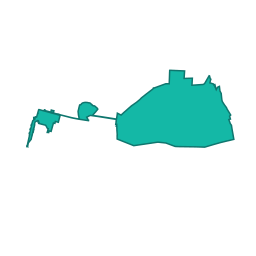 Braila, Braila, Romania (orthographic projection), rotated 67°
{"feature_id": "2599482B33603161036297", "entity_name": "Braila", "entity_type": "district", "adm_level": 2, "iso_a3": "ROU", "parent_name": "Romania", "parent_adm1": "Braila", "projection": "orthographic", "projection_center": [27.92, 45.241], "detail": "fine", "context": "isolated", "style": "filled", "palette": "teal", "viewbox_px": 256, "rotation_deg": 67, "n_neighbors": 0, "source": "geoboundaries", "source_scale": "gbopen_adm2", "svg_char_len": 3866}
<svg xmlns="http://www.w3.org/2000/svg" viewBox="0 0 256 256"><g transform="rotate(67 128 128)"><path d="M146.5,129.6L152.7,106.0L156.6,99.0L163.4,91.8L164.9,88.7L171.9,72.8L175.0,66.1L175.6,64.8L176.6,55.9L176.7,55.1L177.6,48.1L178.2,44.5L178.6,42.0L179.0,39.9L179.8,35.0L175.1,33.9L169.8,32.7L165.9,31.7L164.1,32.1L163.6,32.1L159.6,31.9L159.8,30.2L156.8,29.9L156.2,28.4L149.4,29.4L147.7,29.4L144.4,30.2L140.8,30.8L139.2,30.7L137.1,30.1L132.6,28.7L129.8,28.9L125.4,27.6L125.4,28.9L125.5,29.5L126.0,30.4L127.2,31.8L126.6,31.8L125.0,31.7L124.2,31.9L124.3,31.4L122.0,31.1L122.0,32.1L120.9,32.1L118.4,35.0L116.0,33.2L115.5,32.7L115.2,33.0L114.5,33.0L111.9,32.6L111.6,32.9L115.9,38.6L117.0,40.1L117.2,40.8L117.3,41.8L114.5,49.9L113.6,52.4L107.3,49.3L104.3,57.0L97.6,53.6L94.4,60.3L91.2,67.0L91.4,67.2L92.8,67.8L93.0,67.9L93.1,68.0L95.3,69.0L98.3,70.4L103.4,72.8L102.4,75.1L102.1,75.8L102.0,76.5L101.4,88.2L101.4,88.4L101.3,88.6L101.2,88.7L101.1,88.8L101.1,89.0L101.3,89.1L101.5,89.3L101.7,89.7L102.0,90.6L103.7,97.2L105.2,102.7L105.4,103.3L105.5,103.8L105.7,104.3L106.3,105.6L106.5,106.2L107.7,110.2L108.2,112.6L108.6,114.4L108.9,116.0L109.0,116.0L109.3,117.3L109.5,117.8L109.6,118.1L110.0,119.4L111.4,123.5L111.9,125.1L113.2,128.8L113.4,129.3L110.2,132.0L111.6,132.8L115.3,135.1L107.4,147.8L102.5,155.8L100.4,151.3L99.5,149.7L99.4,149.3L98.8,148.4L98.3,148.5L97.1,148.8L96.3,149.4L95.6,149.5L94.4,150.4L94.0,151.4L92.8,151.9L92.9,152.0L92.0,152.5L91.8,152.5L91.7,152.5L90.6,152.9L89.9,153.5L89.6,154.1L89.3,154.6L88.8,155.2L88.4,155.9L87.8,157.1L87.5,158.1L87.4,158.4L87.3,159.2L87.2,159.8L87.4,161.1L87.6,161.5L88.1,162.2L87.9,163.5L90.1,165.2L91.9,166.5L92.7,167.1L92.8,167.2L93.3,167.5L94.3,167.8L96.0,168.3L96.3,168.4L96.4,168.5L98.7,168.9L99.5,169.1L99.8,169.2L99.8,169.4L99.9,169.5L100.4,170.0L97.4,174.5L96.2,176.2L89.4,185.2L89.0,185.7L88.7,185.9L88.3,186.3L87.8,186.9L87.6,187.2L87.5,187.4L87.4,187.7L86.8,188.6L85.9,189.7L83.8,192.4L83.7,192.3L83.9,192.1L84.0,191.9L84.3,191.6L84.8,190.9L84.6,190.8L84.4,190.7L84.1,190.5L84.1,190.4L84.2,190.2L83.9,190.0L83.4,189.7L83.2,189.5L83.0,189.8L82.9,189.8L82.7,190.1L82.6,190.3L81.5,191.6L83.3,192.9L82.8,193.5L81.4,195.2L80.0,197.0L79.9,197.2L79.7,197.2L79.4,197.3L79.0,197.3L78.8,197.4L78.7,197.5L78.6,197.8L78.7,198.0L78.8,198.1L79.1,198.5L80.0,197.2L80.8,196.3L81.9,194.8L83.4,193.0L83.7,193.2L82.4,194.9L81.2,196.4L78.1,200.4L77.1,201.6L76.2,202.8L76.3,203.1L78.8,205.1L79.0,205.1L79.4,205.2L79.3,205.5L82.2,207.9L81.6,208.6L81.5,208.9L82.1,209.3L81.5,210.7L82.6,211.1L83.2,210.2L83.8,210.6L83.7,211.0L83.7,211.3L83.7,211.6L83.8,212.0L83.9,212.3L84.0,212.6L84.4,213.1L87.4,215.5L87.2,215.7L87.7,216.1L87.9,215.8L90.8,217.9L90.5,218.2L91.1,218.7L91.4,218.3L94.1,220.3L93.9,220.6L94.4,221.0L94.7,220.7L95.7,221.4L95.8,221.2L102.1,225.7L105.0,227.8L104.9,228.0L105.3,228.2L105.6,228.4L105.7,228.2L106.0,227.7L105.9,227.7L102.8,225.6L100.6,221.6L97.3,219.3L97.4,219.2L94.5,217.2L94.8,216.9L94.2,216.5L94.0,216.8L92.9,216.0L93.1,215.7L92.6,215.3L92.3,215.7L91.2,214.8L91.3,214.6L88.7,212.7L88.5,212.9L86.2,211.3L85.8,208.3L86.3,207.7L87.2,208.5L88.0,207.6L88.9,208.4L93.3,202.7L97.1,202.3L97.5,201.7L100.5,204.1L100.7,203.7L101.2,202.8L99.9,201.7L101.1,200.1L94.3,194.7L95.2,193.5L93.6,192.3L95.5,189.9L89.8,185.5L88.5,187.2L88.3,187.3L88.0,187.8L86.5,189.6L85.9,190.4L84.2,192.7L83.9,192.5L84.9,191.2L86.5,189.2L87.5,187.8L89.4,185.3L96.3,176.3L97.5,174.6L100.5,170.1L105.8,161.5L105.5,161.3L105.1,161.9L105.0,162.0L104.4,161.5L101.9,161.8L101.9,161.1L101.7,159.5L101.7,158.6L101.7,158.0L101.8,157.5L102.7,156.1L106.0,150.6L115.5,135.4L117.1,136.3L117.2,136.2L119.9,137.9L120.3,137.0L121.2,137.7L121.8,138.1L122.0,137.6L123.7,138.3L125.8,139.1L129.3,140.3L129.6,140.4L130.4,140.8L130.4,140.7L131.6,141.3L133.9,142.3L136.9,139.3L145.1,131.0L146.5,129.6Z" fill="#14b8a6" stroke="#0f766e" stroke-width="1.5"/></g></svg>